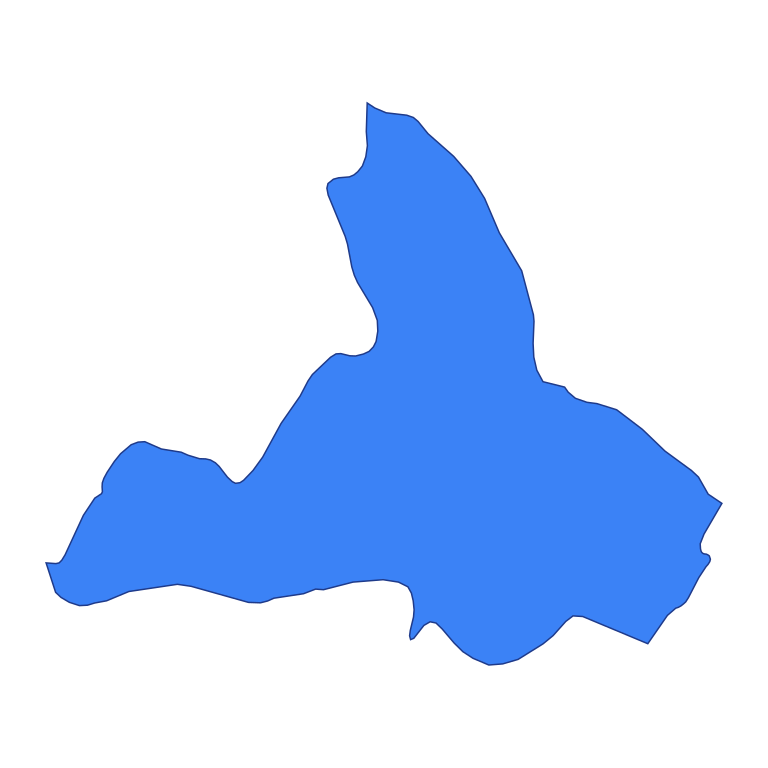 map outline of Imbabura (Equal Earth projection)
{"feature_id": "ECU-1410", "entity_name": "Imbabura", "entity_type": "Province", "adm_level": 1, "iso_a3": "ECU", "parent_name": "Ecuador", "parent_adm1": "", "projection": "equal_earth", "projection_center": [-78.392, 0.503], "detail": "fine", "context": "isolated", "style": "filled", "palette": "blue", "viewbox_px": 768, "rotation_deg": 0, "n_neighbors": 0, "source": "natural_earth", "source_scale": "10m", "svg_char_len": 2099}
<svg xmlns="http://www.w3.org/2000/svg" viewBox="0 0 768 768"><path d="M721.9,503.4L704.0,534.1L700.2,543.8L700.5,548.9L701.0,550.9L701.6,552.2L702.4,553.0L703.3,553.6L704.8,554.0L706.2,554.1L707.8,554.8L709.3,555.9L710.4,559.2L709.8,561.6L708.1,564.3L706.0,566.7L698.8,577.6L688.4,597.7L685.7,601.9L683.6,603.8L681.1,605.8L678.4,607.3L675.7,608.2L667.4,615.4L647.8,643.7L582.7,616.5L573.0,615.9L565.8,621.4L553.1,635.6L543.1,643.8L518.1,659.4L502.7,663.9L488.8,665.0L473.0,658.3L462.9,651.7L454.2,643.1L442.2,629.0L436.0,623.0L430.1,621.8L423.9,625.4L413.8,638.3L410.6,639.6L409.6,635.8L410.3,630.4L413.5,617.1L414.1,609.8L413.2,600.8L411.4,593.1L407.9,586.8L398.5,582.1L383.1,579.7L353.0,582.1L323.5,589.7L315.6,589.1L303.6,593.7L273.9,598.2L267.6,601.0L260.5,602.8L248.5,602.4L191.1,586.3L177.4,584.3L128.9,591.5L106.6,600.8L94.7,603.0L87.5,605.2L79.4,605.6L69.3,602.3L61.0,597.4L55.6,592.3L46.1,562.9L55.9,563.6L59.1,562.9L61.8,560.2L65.1,554.8L83.4,515.3L94.8,498.1L101.5,493.7L102.4,491.8L102.1,486.9L102.3,482.9L103.9,478.3L107.2,472.2L114.3,461.5L120.6,453.7L131.2,444.7L138.1,442.1L144.8,441.7L161.4,449.0L181.2,452.2L188.0,455.2L199.5,458.7L205.7,458.9L210.5,460.0L215.4,462.8L219.2,466.5L227.4,477.1L232.2,481.6L235.5,483.3L240.0,482.7L243.6,480.3L253.0,470.5L262.7,457.1L281.1,423.4L300.1,396.1L308.0,381.0L312.4,374.5L330.5,357.3L336.0,353.9L340.8,353.6L349.8,355.8L355.6,356.0L363.5,354.0L369.1,351.4L373.4,346.9L376.1,341.5L377.8,331.1L377.3,320.4L372.6,307.6L357.6,282.6L354.3,275.2L351.8,266.9L347.5,244.1L345.2,236.4L328.2,195.1L326.9,188.2L328.0,183.5L333.4,179.2L338.6,177.8L349.4,176.9L353.8,175.0L357.7,171.8L362.4,166.0L365.8,156.8L367.4,145.7L366.3,131.6L367.2,103.0L374.8,108.0L386.1,112.8L406.8,115.2L413.4,117.5L418.1,121.5L428.0,133.7L453.7,156.4L471.0,176.4L484.6,198.4L499.3,232.8L521.7,270.8L533.4,314.7L534.0,321.3L533.1,343.3L533.8,357.1L536.8,370.2L543.0,381.7L564.6,387.1L568.2,392.2L575.4,398.3L586.9,402.3L596.9,403.6L616.7,409.8L642.3,429.3L665.0,451.1L691.7,470.7L698.5,477.1L708.2,494.2L721.9,503.4Z" fill="#3b82f6" stroke="#1e3a8a" stroke-width="1.5"/></svg>